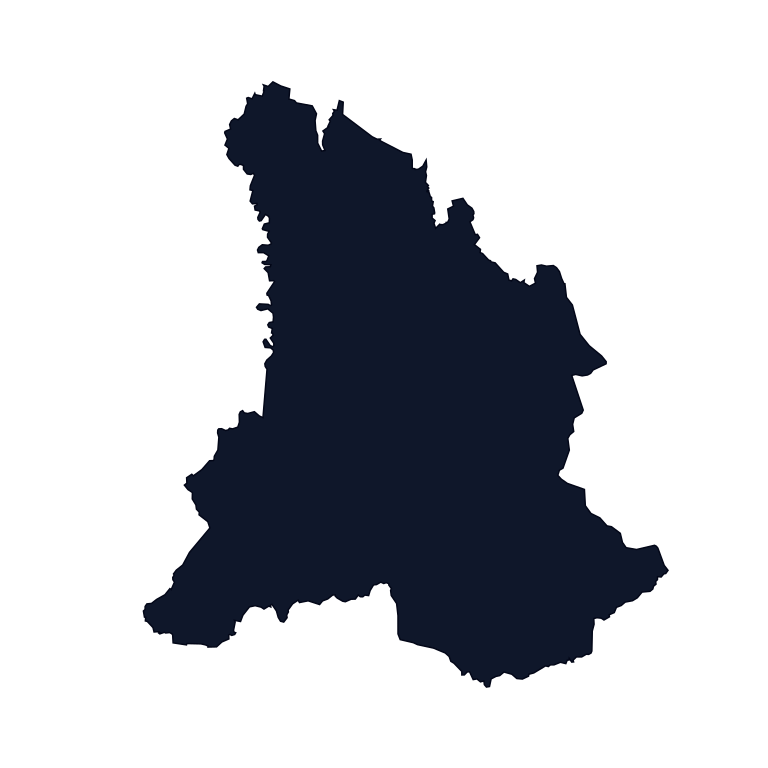 the district of Tuxcacuesco, Jalisco, Mexico, rotated 264°
{"feature_id": "50627088B97474247637158", "entity_name": "Tuxcacuesco", "entity_type": "district", "adm_level": 2, "iso_a3": "MEX", "parent_name": "Mexico", "parent_adm1": "Jalisco", "projection": "mercator", "projection_center": [-104.015, 19.687], "detail": "fine", "context": "isolated", "style": "filled", "palette": "ink", "viewbox_px": 768, "rotation_deg": 264, "n_neighbors": 0, "source": "geoboundaries", "source_scale": "gbopen_adm2", "svg_char_len": 6129}
<svg xmlns="http://www.w3.org/2000/svg" viewBox="0 0 768 768"><g transform="rotate(264 384 384)"><path d="M71.9,454.2L72.1,457.3L79.5,459.7L81.5,464.8L81.9,468.6L85.0,473.2L82.0,480.8L77.2,485.3L76.1,490.8L78.3,497.2L80.2,497.7L81.0,502.8L86.8,515.2L85.8,517.9L87.3,520.1L86.9,523.7L88.8,530.4L86.9,535.6L90.1,537.3L90.2,539.1L91.8,539.5L87.8,541.6L87.8,543.5L89.6,543.2L92.5,546.9L91.9,552.1L94.1,556.9L93.7,559.3L94.8,561.8L96.7,562.8L116.5,565.3L123.1,567.8L128.8,568.1L129.3,571.3L128.4,575.6L126.3,578.1L128.9,583.9L130.9,583.7L132.6,589.1L137.6,591.8L138.9,596.8L141.9,601.1L142.5,608.5L144.9,613.6L150.1,618.9L150.0,626.9L152.0,629.9L154.7,630.9L156.5,633.6L159.2,633.5L160.8,635.5L163.8,635.9L163.1,639.5L165.9,642.4L166.1,644.4L169.0,647.0L174.3,643.7L192.2,639.2L194.2,637.9L195.3,636.2L193.0,617.9L195.9,607.7L201.5,604.6L210.8,603.4L218.3,595.3L219.6,590.9L228.3,584.7L233.6,576.3L241.9,571.5L258.2,572.3L266.0,555.9L270.8,550.4L275.0,547.3L279.9,549.4L281.6,553.2L298.9,561.4L310.7,561.1L314.1,563.5L316.9,567.7L324.2,567.4L330.4,569.6L334.2,577.6L337.2,579.4L372.9,571.6L373.5,575.6L371.4,581.9L371.7,587.4L373.0,590.6L376.1,593.4L380.9,607.0L383.0,607.3L389.2,603.3L400.6,592.1L412.9,584.2L442.9,579.6L451.1,574.5L464.8,574.4L464.9,573.5L470.3,571.7L477.5,570.2L481.7,567.7L484.1,564.8L484.2,557.9L485.9,553.0L485.6,548.5L479.1,548.4L473.1,544.7L468.5,545.2L465.9,538.8L470.2,533.7L472.7,534.4L470.5,530.2L474.2,525.9L475.1,523.3L473.2,521.7L474.3,519.1L480.5,518.5L482.6,514.7L492.9,507.2L494.2,503.3L495.5,502.8L496.3,501.0L503.4,495.7L504.7,493.3L507.8,494.0L513.2,488.5L519.5,494.3L523.1,492.6L522.9,490.4L536.3,486.4L538.1,489.6L539.9,490.5L542.9,490.1L543.9,491.2L546.2,491.3L549.7,489.8L553.4,485.6L560.4,481.9L559.0,470.9L553.6,471.7L551.4,465.7L541.3,466.1L538.1,464.2L538.2,462.7L537.4,462.5L536.3,459.3L536.7,456.2L537.5,456.6L533.4,451.6L538.7,450.5L541.2,451.9L544.0,449.2L547.8,449.6L548.0,452.0L548.9,452.3L554.0,452.0L555.8,450.8L560.2,452.0L561.2,450.5L564.5,450.8L565.7,449.6L570.3,448.7L570.8,446.9L571.8,447.2L571.8,448.5L573.4,447.7L574.2,449.0L575.7,447.8L576.8,448.9L580.2,446.3L586.9,448.0L590.7,447.5L595.4,449.2L602.3,449.3L596.6,445.4L594.0,440.6L594.1,437.4L594.9,437.2L595.4,434.6L603.8,435.5L609.7,434.9L612.3,427.0L625.6,406.7L627.0,405.1L628.0,406.1L628.2,402.7L631.1,398.1L656.4,371.0L668.6,372.9L670.5,369.2L661.2,365.9L662.1,362.4L660.5,363.2L658.4,361.3L656.5,361.4L652.5,357.1L651.0,358.1L646.1,355.1L645.5,355.8L642.0,349.7L639.2,351.1L632.0,348.3L628.3,348.0L622.4,349.7L622.2,346.3L630.5,343.2L638.4,344.0L643.0,342.7L653.2,343.0L659.8,345.1L668.1,341.7L672.7,326.3L675.2,324.6L677.4,319.2L687.3,321.2L691.2,312.5L696.1,305.1L692.0,299.9L694.1,295.3L692.6,295.9L688.2,294.8L688.0,295.5L683.0,293.0L685.2,286.2L686.6,285.9L681.4,282.6L683.1,278.9L682.6,277.3L676.9,277.7L674.7,275.9L667.1,273.2L662.0,266.5L663.7,262.9L661.6,259.7L658.2,257.6L653.6,258.1L651.8,252.3L650.4,251.8L644.0,253.9L638.2,250.8L634.6,254.4L628.6,251.7L624.4,253.5L617.2,258.7L615.9,261.4L617.4,262.6L617.4,264.5L616.0,267.1L612.2,266.7L607.2,269.9L606.3,273.4L607.2,276.0L605.2,277.1L595.1,271.8L591.1,271.0L590.1,273.8L579.9,270.0L576.9,272.0L576.9,276.5L575.6,276.7L574.4,273.8L570.5,274.0L569.1,278.3L567.6,278.7L562.9,275.9L560.9,275.9L559.1,277.1L559.3,278.9L565.1,283.9L562.7,286.8L560.8,287.4L556.3,286.8L555.6,281.7L551.1,279.2L550.2,279.6L547.8,285.7L545.2,283.9L542.1,283.5L536.1,286.8L535.0,286.1L534.1,283.4L535.2,277.5L533.0,273.8L530.5,272.2L527.8,272.7L527.2,278.0L523.5,282.8L519.0,280.5L518.2,279.4L518.5,276.0L517.3,275.4L515.4,277.8L514.4,284.0L512.5,283.2L512.8,278.5L511.3,276.9L506.9,280.4L498.6,281.0L498.3,285.0L497.3,285.9L486.5,277.0L484.7,277.0L484.0,278.5L478.5,280.4L474.4,280.4L473.9,279.0L475.3,277.2L476.7,268.4L473.6,265.2L471.6,266.2L469.9,269.3L470.9,276.3L466.0,281.0L462.1,281.1L457.4,280.2L457.1,276.3L455.0,274.6L452.6,275.4L450.9,278.7L446.5,277.5L446.0,278.5L444.1,278.8L441.6,275.7L436.2,278.6L433.7,278.5L432.7,277.2L434.2,274.8L440.9,271.2L440.9,269.9L438.6,268.2L432.8,269.6L431.8,275.0L429.3,277.4L426.9,277.5L423.6,274.9L420.1,270.0L416.6,267.6L413.9,267.7L410.9,269.2L363.2,260.1L365.2,256.7L370.0,252.2L368.9,245.4L369.9,242.0L372.3,240.6L371.3,238.2L368.9,236.8L361.1,236.2L356.4,234.1L355.2,228.7L356.1,225.8L354.6,224.1L354.3,221.5L356.5,217.9L356.7,215.0L355.6,213.9L352.7,213.4L348.3,214.2L335.7,211.9L329.9,207.7L326.6,207.1L325.7,206.3L325.9,202.5L317.9,193.9L312.6,184.8L314.3,183.4L311.4,177.9L306.0,177.6L304.3,174.9L299.5,178.0L296.1,182.1L289.7,181.3L283.4,184.3L279.1,184.4L275.9,186.9L273.2,186.4L265.5,194.4L259.0,195.8L236.9,173.0L225.0,164.9L220.6,158.0L217.1,154.8L216.0,155.4L213.7,153.7L211.4,153.6L208.9,154.9L201.8,150.9L202.9,149.7L197.3,144.1L193.5,135.3L190.1,129.9L190.1,125.2L187.8,123.2L184.7,122.8L183.4,121.0L177.2,121.4L176.9,122.6L173.3,121.9L172.6,123.8L165.9,128.8L161.4,129.4L161.3,134.5L160.4,135.0L159.9,133.9L158.9,134.9L160.0,139.6L159.2,140.8L159.2,144.8L157.9,146.8L156.5,147.6L148.6,147.2L145.2,160.3L146.5,160.8L144.7,174.8L143.2,179.2L141.8,181.6L140.8,181.4L140.1,190.0L144.4,195.8L146.7,203.1L150.6,203.3L151.1,204.5L149.9,206.3L150.5,209.3L152.1,210.5L152.8,209.0L154.7,208.6L162.8,211.1L164.6,210.5L162.8,216.5L168.8,219.5L176.4,226.9L177.0,232.7L174.9,238.5L172.7,241.1L175.2,246.3L174.1,248.1L176.1,248.1L176.6,249.5L169.6,253.3L163.0,254.4L158.9,256.3L157.7,259.4L161.7,263.2L164.5,263.1L167.3,265.1L169.2,265.0L174.9,270.1L178.0,276.0L175.5,277.1L176.3,285.9L171.4,296.9L174.7,300.2L176.1,305.6L179.5,310.9L179.4,313.4L178.2,313.3L176.0,315.1L172.3,320.2L171.5,322.8L173.4,328.8L173.1,333.0L176.8,336.3L174.9,338.2L174.6,340.7L176.1,342.8L175.2,346.6L180.0,348.6L185.3,352.6L185.3,355.6L187.3,360.1L185.6,362.9L186.2,365.4L185.0,367.9L183.5,367.8L179.7,370.0L178.0,369.0L172.9,369.1L164.4,373.6L152.2,373.7L134.0,371.8L128.1,373.4L123.7,386.1L121.3,390.1L116.2,405.6L110.1,416.8L106.2,420.3L101.2,421.5L99.0,424.4L90.1,431.3L86.5,431.0L86.3,433.5L88.9,436.6L88.9,439.0L80.7,441.8L81.0,445.6L77.7,448.8L78.2,452.3L74.5,452.4L71.9,454.2Z" fill="#0f172a" stroke="#020617" stroke-width="1.5"/></g></svg>